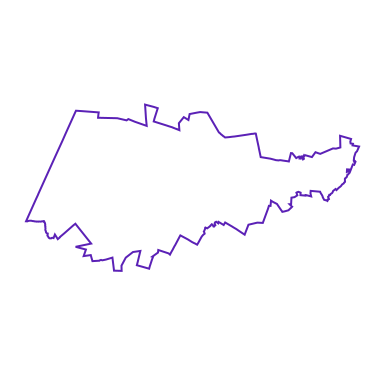 the district of Altar, Sonora, Mexico, rotated 274°
{"feature_id": "50627088B37635840780523", "entity_name": "Altar", "entity_type": "district", "adm_level": 2, "iso_a3": "MEX", "parent_name": "Mexico", "parent_adm1": "Sonora", "projection": "mercator", "projection_center": [-111.985, 31.095], "detail": "fine", "context": "isolated", "style": "outline", "palette": "violet", "viewbox_px": 384, "rotation_deg": 274, "n_neighbors": 0, "source": "geoboundaries", "source_scale": "gbopen_adm2", "svg_char_len": 5604}
<svg xmlns="http://www.w3.org/2000/svg" viewBox="0 0 384 384"><g transform="rotate(274 192 192)"><path d="M153.1,247.5L153.8,247.7L163.3,250.6L166.0,259.3L166.1,264.8L180.6,269.0L183.6,269.7L183.6,271.3L188.9,271.4L187.9,273.2L186.0,277.6L181.9,280.8L180.0,282.3L179.4,282.9L178.5,283.5L179.2,285.9L180.3,289.0L180.4,289.3L180.5,289.5L181.4,290.3L182.6,291.4L183.3,292.1L184.3,292.9L184.5,292.6L185.3,291.7L186.6,290.2L186.7,291.1L186.8,291.7L193.3,291.6L194.0,294.6L196.0,297.3L197.5,296.7L198.6,296.2L199.1,296.9L199.4,297.7L199.6,298.1L199.3,299.1L198.9,300.4L196.4,300.4L196.3,305.5L196.9,305.5L196.9,305.9L195.9,311.2L198.8,310.3L201.4,310.3L201.2,319.8L200.5,320.1L199.4,320.8L198.4,321.6L197.1,322.4L196.7,322.6L195.9,322.8L193.4,324.4L192.9,327.0L192.5,327.7L193.1,328.0L193.3,327.9L193.5,327.8L193.8,327.7L193.9,327.8L194.3,328.7L194.5,329.1L195.1,328.9L195.4,328.6L195.8,328.5L196.0,328.5L196.2,328.4L196.3,328.2L196.7,328.1L197.1,328.6L198.7,329.1L198.7,330.0L199.5,330.3L199.9,330.7L200.1,331.0L200.5,331.6L201.0,332.0L201.6,332.3L202.9,332.7L205.0,335.0L204.0,336.0L206.3,338.0L206.9,338.6L207.7,339.6L208.2,340.0L208.6,340.4L209.9,341.1L211.2,342.8L211.9,343.0L212.6,343.8L212.8,343.9L213.1,343.8L213.4,343.9L213.7,343.8L215.8,343.6L216.4,343.9L216.6,344.3L217.9,345.4L218.2,345.4L219.2,345.7L219.5,345.8L220.1,345.8L220.1,346.2L222.2,347.9L223.8,348.4L223.4,346.5L222.9,345.1L223.0,345.1L225.4,345.1L225.4,348.9L230.7,350.5L230.4,351.9L233.0,352.8L233.5,352.9L233.6,351.7L234.5,352.0L234.7,351.3L234.9,351.3L234.9,351.2L237.8,351.3L238.0,351.3L242.2,352.3L242.7,352.5L244.2,353.8L244.8,354.0L249.0,355.5L249.3,352.8L249.4,351.6L249.7,348.9L251.3,349.2L251.5,346.8L253.2,346.4L256.0,347.0L258.4,335.8L246.8,336.9L246.5,336.1L245.9,334.4L245.3,332.6L245.3,329.6L239.0,317.3L239.4,315.6L240.3,312.4L235.2,309.2L235.7,306.7L236.6,302.4L235.7,301.5L236.3,301.1L235.3,300.6L232.9,301.3L232.3,300.5L234.2,299.7L235.2,299.6L235.1,298.5L235.1,298.4L234.9,298.2L234.7,298.1L232.9,298.1L232.9,296.9L233.5,296.9L234.3,296.6L234.8,296.3L234.2,295.2L233.1,293.6L237.7,289.3L237.7,288.0L229.2,286.5L229.4,284.7L229.5,283.1L229.7,280.4L229.9,278.3L229.8,277.3L229.8,276.8L229.5,275.9L229.6,275.0L229.6,274.3L229.6,273.6L230.0,271.7L230.6,268.5L230.7,268.0L230.8,266.9L231.6,258.1L238.0,256.3L238.7,256.1L238.9,256.1L239.0,256.0L240.4,255.6L241.0,255.5L242.4,255.1L247.9,253.5L253.2,252.0L253.3,252.0L254.7,251.6L254.8,250.8L254.7,250.5L254.2,248.4L254.2,248.1L254.2,247.8L252.9,242.3L250.3,230.4L250.0,228.5L249.3,225.0L248.7,221.2L249.4,220.2L249.7,219.7L249.8,219.4L250.0,219.2L251.3,217.4L251.7,216.7L252.4,216.1L253.3,214.7L272.2,201.8L272.3,194.5L271.4,190.9L269.6,184.2L263.6,183.4L266.1,178.6L259.7,174.1L252.8,175.1L253.5,173.2L253.4,173.2L254.6,169.4L254.7,168.8L255.0,168.4L256.1,163.8L256.4,162.7L259.7,148.9L262.5,149.4L273.2,152.0L274.2,148.0L275.9,139.1L262.5,140.9L254.8,142.2L258.1,130.1L260.3,123.4L258.9,121.8L260.4,112.3L259.5,93.1L262.5,93.2L264.9,93.4L265.0,76.4L265.0,70.6L262.4,69.6L241.6,61.9L234.1,59.2L218.4,53.3L193.6,44.1L179.0,38.7L178.8,38.7L174.1,36.9L151.2,28.5L151.2,29.7L151.4,30.1L151.7,30.8L151.9,31.3L152.1,32.7L152.1,33.5L152.1,33.8L152.1,34.0L152.0,34.3L151.9,34.7L151.9,34.9L151.9,35.5L151.9,36.0L151.8,36.3L151.8,36.9L151.7,37.1L151.7,37.4L151.7,37.9L151.7,38.1L151.7,38.7L151.7,38.8L151.6,39.1L151.7,39.3L151.7,39.5L151.7,39.8L151.8,40.4L151.7,41.0L151.9,41.4L151.9,42.1L151.9,42.5L151.9,42.8L151.9,43.1L151.9,43.3L152.0,43.4L152.1,43.6L152.2,44.0L152.2,44.4L152.3,44.6L152.3,44.8L152.4,45.2L152.4,45.3L152.7,46.2L152.7,46.3L152.5,46.5L152.4,46.6L152.2,46.7L151.7,46.5L151.4,46.8L151.3,47.1L151.2,47.2L150.9,47.4L150.5,47.6L150.4,47.6L150.1,47.6L149.8,47.7L149.6,47.8L149.3,47.8L149.1,47.9L148.9,47.9L148.5,47.8L148.3,47.9L147.9,47.9L147.8,48.0L147.6,48.1L147.3,48.2L147.1,48.2L146.9,48.1L146.4,48.2L146.1,48.2L145.9,48.3L145.4,48.4L144.2,48.3L143.8,48.4L143.5,48.5L143.3,48.6L143.2,48.6L142.7,49.0L141.9,49.1L141.7,49.2L141.4,49.3L141.1,49.6L140.8,50.0L140.6,50.5L140.4,50.9L140.4,51.0L140.2,51.0L139.8,51.0L139.4,50.9L139.0,50.8L138.7,50.8L138.4,50.8L138.1,51.2L137.7,51.5L136.6,52.1L136.4,52.3L136.4,52.5L136.0,52.9L135.9,53.1L135.8,53.4L135.8,53.6L135.9,53.9L135.9,54.1L135.9,54.5L136.0,54.6L136.1,54.9L136.1,55.1L136.4,55.3L136.5,55.5L136.6,56.0L136.6,56.3L136.5,56.8L136.4,57.1L140.0,58.2L135.6,61.4L137.6,63.4L137.9,63.4L141.8,67.4L150.5,76.0L152.2,77.9L151.5,78.5L133.5,95.0L129.2,79.7L127.2,90.2L120.5,88.4L122.0,95.4L118.6,96.6L118.4,96.7L116.1,97.5L117.0,104.4L117.3,104.6L117.4,104.8L117.9,106.0L117.8,106.3L117.6,107.3L118.6,110.9L121.0,117.2L108.1,119.7L108.4,127.3L113.6,126.8L121.9,130.5L128.0,137.3L129.6,144.6L118.3,142.7L115.1,142.1L113.9,148.0L112.5,154.6L115.1,155.1L116.6,155.5L121.8,156.8L124.7,157.7L124.8,157.0L129.2,162.3L131.8,162.4L129.1,173.0L128.0,174.4L131.0,175.7L133.0,176.7L135.1,177.6L136.7,178.3L137.8,178.9L147.3,183.1L147.9,183.4L144.4,191.2L142.1,195.5L141.2,197.6L140.8,198.7L140.3,199.7L139.8,200.8L141.7,201.8L147.6,204.5L148.5,205.0L150.0,206.1L151.3,207.5L151.5,207.4L151.9,207.3L152.3,207.2L153.4,206.6L153.5,206.7L153.7,206.8L156.7,207.8L157.0,207.6L157.4,207.7L157.5,207.8L156.8,209.7L159.4,212.7L159.7,212.7L161.2,214.0L160.5,215.1L160.0,215.3L159.1,215.8L159.0,216.3L159.2,216.6L159.9,216.9L160.5,217.6L161.0,217.3L161.5,217.2L162.1,216.8L162.8,216.9L163.3,217.1L164.0,218.2L163.0,219.7L162.9,219.8L162.6,220.3L164.0,220.6L161.3,225.9L163.5,227.0L163.9,227.2L161.1,232.9L160.2,234.7L160.0,235.1L159.9,235.2L157.9,239.2L157.5,239.8L155.6,243.1L153.1,247.5Z" fill="none" stroke="#5b21b6" stroke-width="2"/></g></svg>